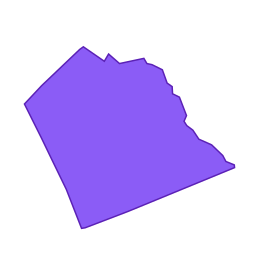 Jones, Georgia, United States of America, rotated 168°
{"feature_id": "52423323B97127837198409", "entity_name": "Jones", "entity_type": "district", "adm_level": 2, "iso_a3": "USA", "parent_name": "United States of America", "parent_adm1": "Georgia", "projection": "natural_earth1", "projection_center": [-83.617, 33.014], "detail": "fine", "context": "isolated", "style": "filled", "palette": "violet", "viewbox_px": 256, "rotation_deg": 168, "n_neighbors": 0, "source": "geoboundaries", "source_scale": "gbopen_adm2", "svg_char_len": 528}
<svg xmlns="http://www.w3.org/2000/svg" viewBox="0 0 256 256"><g transform="rotate(168 128 128)"><path d="M203.6,187.4L224.3,173.0L214.7,136.0L209.0,112.7L201.1,80.8L194.3,39.5L190.7,39.3L145.3,46.4L32.0,67.1L31.7,69.8L39.2,74.9L41.0,81.3L49.7,94.1L61.0,102.3L65.0,112.4L70.0,118.1L71.8,122.9L68.2,128.0L71.3,147.5L77.3,152.2L76.2,159.3L80.4,163.8L82.3,177.8L91.4,185.0L96.1,187.1L98.0,192.8L122.9,192.8L131.6,204.4L137.3,198.2L154.8,216.7L158.9,214.9L203.6,187.4Z" fill="#8b5cf6" stroke="#5b21b6" stroke-width="1.5"/></g></svg>